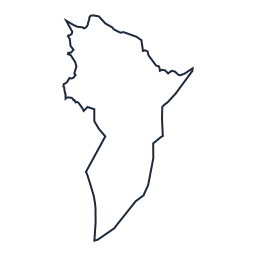 the district of San Juan Chicomezúchil, Oaxaca, Mexico
{"feature_id": "50627088B29629326931919", "entity_name": "San Juan Chicomezúchil", "entity_type": "district", "adm_level": 2, "iso_a3": "MEX", "parent_name": "Mexico", "parent_adm1": "Oaxaca", "projection": "natural_earth1", "projection_center": [-96.512, 17.275], "detail": "fine", "context": "isolated", "style": "outline", "palette": "slate", "viewbox_px": 256, "rotation_deg": 0, "n_neighbors": 0, "source": "geoboundaries", "source_scale": "gbopen_adm2", "svg_char_len": 1422}
<svg xmlns="http://www.w3.org/2000/svg" viewBox="0 0 256 256"><path d="M105.3,23.4L98.8,16.4L93.5,15.4L90.6,15.7L89.4,17.3L89.2,19.5L88.1,22.7L87.9,24.4L86.8,26.5L84.9,28.1L83.9,28.4L82.9,27.5L81.0,27.1L77.8,26.9L73.7,25.1L66.2,20.7L72.3,31.8L71.7,33.9L69.9,35.2L69.0,35.4L68.3,35.5L67.9,36.1L69.8,39.0L70.5,45.9L73.5,49.8L71.0,52.6L68.3,52.8L67.9,54.0L70.8,55.3L75.1,61.9L76.4,66.5L74.3,73.6L75.6,75.0L73.5,77.7L71.7,78.5L70.6,78.4L69.5,78.0L67.0,82.1L66.4,82.6L64.7,83.7L63.7,84.2L63.4,86.4L64.2,87.3L64.4,89.8L65.1,93.4L65.6,94.0L65.5,95.2L65.6,98.6L66.4,97.8L67.9,97.4L71.5,97.8L72.7,98.7L73.4,100.1L74.3,100.0L74.8,100.9L75.6,102.4L76.8,101.9L78.3,102.6L80.7,105.8L82.6,108.6L83.7,110.9L87.5,107.0L94.3,109.2L94.3,121.1L98.8,128.8L105.3,136.4L86.0,171.8L87.5,175.4L89.9,183.0L93.8,196.1L94.9,202.5L95.5,207.9L95.6,222.9L94.4,240.6L97.7,239.7L114.8,227.9L115.4,226.7L135.7,201.2L143.5,195.4L148.2,184.9L152.3,163.4L153.3,158.2L153.2,143.4L160.9,137.1L162.8,136.0L162.0,118.3L162.3,106.8L164.5,104.6L167.7,102.2L175.3,94.0L176.9,91.9L177.0,91.7L192.4,70.9L192.6,68.4L184.3,73.8L180.2,75.3L178.5,74.9L174.8,71.5L171.7,70.8L168.1,73.4L165.1,70.4L162.1,69.8L159.9,70.8L159.6,68.3L158.8,66.3L156.1,65.6L148.5,55.3L147.6,51.5L145.0,50.3L142.9,50.9L142.7,49.0L141.4,40.2L139.3,38.7L136.6,36.8L123.4,32.1L120.6,32.7L116.7,30.9L115.8,30.3L113.7,29.3L112.4,27.5L105.3,23.4Z" fill="none" stroke="#1e293b" stroke-width="2"/></svg>